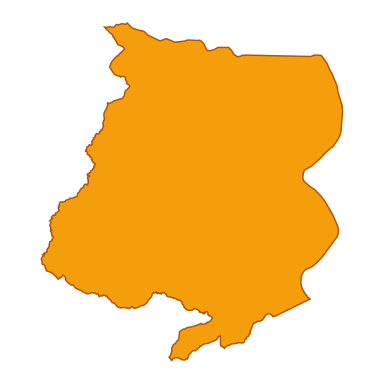 Córdoba, Bolívar, Colombia
{"feature_id": "7082276B35551918348685", "entity_name": "Córdoba", "entity_type": "district", "adm_level": 2, "iso_a3": "COL", "parent_name": "Colombia", "parent_adm1": "Bolívar", "projection": "albers", "projection_center": [-74.927, 9.535], "detail": "fine", "context": "isolated", "style": "filled", "palette": "amber", "viewbox_px": 384, "rotation_deg": 0, "n_neighbors": 0, "source": "geoboundaries", "source_scale": "gbopen_adm2", "svg_char_len": 5874}
<svg xmlns="http://www.w3.org/2000/svg" viewBox="0 0 384 384"><path d="M127.2,23.0L126.4,24.0L124.9,24.3L123.2,23.8L121.6,23.8L118.6,24.8L116.3,24.5L114.4,26.8L112.7,27.4L109.4,26.7L106.5,27.4L104.6,27.1L106.2,29.1L108.1,30.5L109.7,32.7L111.5,33.9L112.8,35.4L113.1,36.9L114.4,37.9L114.5,38.9L116.5,41.6L116.9,43.1L118.3,44.8L122.7,46.7L124.2,48.3L124.5,49.1L121.8,51.9L120.8,52.4L117.9,55.8L117.1,55.9L113.4,59.6L111.3,62.6L109.6,67.2L114.0,73.8L115.3,74.9L116.8,75.7L119.3,76.1L120.8,77.1L122.1,76.4L123.2,76.3L124.7,76.9L125.6,78.5L125.5,80.0L126.8,81.8L126.5,83.6L128.6,84.7L129.7,85.6L129.3,87.0L128.1,88.5L125.1,91.3L124.2,95.9L122.9,97.5L122.7,98.2L113.9,100.9L111.0,102.8L109.4,103.4L108.8,103.4L107.9,102.8L107.3,103.6L107.8,104.9L106.1,109.3L104.5,112.0L103.8,114.3L104.4,118.9L102.9,123.2L103.2,124.3L102.9,124.9L103.6,126.4L102.5,128.0L102.3,129.6L102.0,129.8L101.2,129.6L101.1,131.0L99.6,131.6L99.6,133.3L98.0,134.0L96.7,133.5L95.1,135.3L95.0,136.9L94.7,137.4L93.7,137.6L94.2,138.3L94.1,139.0L92.9,139.8L91.9,140.9L91.9,142.8L92.4,144.2L90.8,145.4L89.6,144.8L89.1,144.9L89.0,145.8L86.8,147.2L86.5,149.6L85.6,150.6L85.7,151.4L87.0,151.6L87.2,151.9L87.2,152.6L87.5,153.1L87.4,154.4L89.0,155.1L89.2,155.8L90.0,156.3L89.9,156.8L91.4,158.0L91.9,159.1L91.4,159.6L92.1,160.0L92.5,161.8L95.2,163.9L95.2,164.5L94.6,165.0L93.8,166.6L94.4,167.4L92.5,169.3L92.3,170.1L91.0,170.7L90.4,172.2L89.4,172.6L89.2,173.7L88.0,173.6L87.2,174.6L87.6,175.4L89.0,175.6L89.5,176.2L89.1,176.6L88.4,176.5L88.1,177.1L87.6,177.1L87.5,178.1L88.4,180.2L87.9,181.1L88.6,182.2L87.7,183.9L87.7,184.9L86.7,184.8L86.2,184.2L85.0,184.2L83.9,185.4L83.2,187.2L80.8,189.0L79.0,192.2L78.1,192.8L77.3,194.9L77.4,195.7L76.9,196.3L73.0,198.0L69.8,198.3L69.8,199.0L66.0,200.2L64.9,201.5L63.6,201.9L60.6,202.0L59.4,203.2L59.3,205.4L58.4,206.0L58.8,206.9L58.4,207.4L58.7,207.9L58.4,208.6L58.9,210.2L58.8,211.4L55.6,213.1L55.4,215.0L53.5,215.1L52.3,216.0L51.4,217.8L52.3,218.7L51.4,219.1L49.9,220.8L50.0,221.4L50.8,222.1L51.0,222.7L50.0,224.5L49.8,225.9L50.9,227.9L50.5,228.3L50.6,229.3L51.6,230.1L50.6,230.4L50.5,231.0L51.4,232.3L52.0,236.1L53.3,236.7L53.3,237.9L52.1,239.0L51.9,240.8L49.8,241.7L48.9,247.2L47.3,248.9L46.7,252.3L45.6,252.4L43.7,253.6L44.0,254.0L44.5,254.0L44.4,254.5L43.6,255.1L42.9,255.0L43.4,255.5L43.9,255.4L44.1,255.8L42.9,256.1L42.2,257.0L41.4,258.5L41.4,259.5L42.0,261.5L42.2,264.0L44.6,265.3L45.4,268.2L46.3,269.3L46.2,270.7L50.5,272.2L53.1,273.8L54.7,275.5L55.5,275.9L57.9,278.9L58.4,279.1L61.4,277.2L62.7,275.2L63.8,275.7L65.5,277.3L65.5,279.5L67.2,282.2L71.1,285.0L71.7,284.9L73.1,285.3L74.3,286.3L75.3,287.9L77.9,289.3L81.5,290.6L82.2,291.5L87.0,293.8L88.5,293.8L92.4,292.4L93.3,293.1L95.1,292.9L96.2,294.0L97.7,293.8L98.4,294.4L98.7,295.8L99.3,296.5L101.5,295.6L102.2,296.0L102.4,295.5L104.2,295.1L105.7,295.8L105.8,296.2L107.2,296.2L107.6,297.7L110.4,299.9L112.0,302.4L115.0,303.7L116.6,305.9L118.1,307.1L120.7,307.9L124.6,307.5L129.1,308.6L129.8,308.5L129.8,307.8L132.4,306.5L133.5,307.9L134.6,308.4L139.2,306.9L140.4,305.8L142.6,305.6L144.7,304.8L147.1,302.4L148.3,300.3L151.5,296.7L152.4,293.6L153.6,293.1L153.7,292.6L154.2,293.0L155.9,292.5L155.8,292.1L156.3,292.0L156.2,292.4L156.9,292.7L156.8,293.2L157.7,293.6L158.0,292.9L158.4,292.9L158.3,293.2L161.1,293.9L161.3,293.3L160.4,292.9L164.1,292.8L165.9,294.1L166.9,296.1L168.0,296.8L170.4,296.8L171.2,297.5L173.4,297.7L173.6,298.2L175.1,298.3L177.5,299.8L181.1,300.9L181.9,302.2L182.2,304.1L183.3,305.0L184.1,307.1L186.1,309.4L186.9,309.9L189.0,310.4L191.5,310.3L192.9,309.9L193.8,308.8L195.3,308.8L197.7,309.6L199.0,310.6L199.1,311.3L199.7,311.7L199.6,312.2L200.8,312.2L201.9,312.8L202.6,312.7L203.1,313.0L202.9,313.3L203.9,313.7L204.2,313.7L204.2,312.6L204.8,312.9L204.6,313.2L204.9,313.4L205.2,313.1L205.0,312.1L207.3,311.7L207.9,312.8L207.8,314.3L208.2,315.1L209.4,315.9L211.1,316.3L212.3,317.9L212.3,318.6L210.1,321.1L208.5,322.2L206.7,322.5L206.6,323.2L205.0,323.9L202.1,324.3L201.6,323.7L200.4,323.5L199.5,324.4L197.8,324.7L197.3,325.3L195.9,325.5L191.9,326.8L187.7,327.5L185.9,328.3L185.0,329.1L183.7,329.0L182.7,329.4L180.0,331.3L179.4,332.2L178.9,338.7L178.6,339.5L177.3,340.7L175.5,343.4L173.3,344.7L173.0,346.0L172.3,346.7L171.8,348.0L171.8,351.1L170.8,354.6L170.3,355.8L169.1,357.3L170.0,358.1L170.8,359.6L171.6,359.9L171.5,361.0L172.6,359.0L175.9,357.7L178.6,358.0L182.3,359.9L185.0,360.0L186.0,358.9L187.5,358.9L188.9,354.9L192.2,351.1L193.3,350.7L195.6,350.7L199.0,347.7L200.2,346.4L200.2,346.0L200.5,346.3L201.4,345.8L203.9,344.0L207.9,343.4L216.5,339.8L218.6,336.6L220.3,335.8L220.6,345.4L221.4,346.4L222.8,346.7L224.6,348.3L224.9,347.5L227.5,345.6L228.9,345.4L231.0,344.1L237.0,343.3L238.5,342.6L239.8,342.9L243.3,342.8L244.3,341.8L244.9,339.5L246.6,338.7L246.5,337.2L248.3,336.4L249.0,334.9L250.3,333.3L250.1,332.3L250.4,331.4L249.9,330.6L250.6,330.2L251.6,328.5L252.9,324.2L254.0,323.3L257.6,321.4L260.2,321.1L262.4,320.0L265.5,315.5L267.3,314.0L269.9,313.8L271.7,315.0L272.7,316.5L274.7,316.4L310.1,299.0L307.7,297.1L304.5,292.8L301.8,287.7L300.8,282.3L301.4,276.1L303.2,272.1L305.0,270.1L307.4,268.7L311.7,266.9L316.4,263.1L322.4,256.8L337.2,236.6L338.3,233.0L338.6,230.2L337.6,226.0L332.8,215.0L325.0,201.4L320.9,196.0L315.4,190.2L308.6,185.4L304.2,181.4L303.2,179.8L303.0,178.7L302.9,176.6L303.2,173.4L304.6,170.0L311.3,166.3L319.7,158.9L325.8,152.4L330.7,148.0L332.7,146.9L337.5,140.0L340.0,135.5L341.0,131.1L342.6,111.3L342.1,105.4L337.9,92.0L337.1,86.1L332.1,73.9L329.0,68.4L327.1,63.4L321.4,55.6L319.7,55.2L314.2,55.1L310.9,56.5L245.2,55.1L243.9,55.5L242.1,55.2L240.8,56.2L237.5,56.8L234.0,54.5L231.5,50.3L228.6,47.4L218.0,47.4L214.6,49.4L210.7,50.6L207.0,50.4L203.9,44.0L201.5,41.2L199.4,40.2L198.0,40.5L188.6,40.0L186.6,40.3L184.6,41.1L174.8,42.2L166.4,38.6L160.1,41.0L147.3,34.9L145.5,32.6L144.0,31.4L138.8,30.2L132.0,28.0L127.2,23.0Z" fill="#f59e0b" stroke="#b45309" stroke-width="1.5"/></svg>